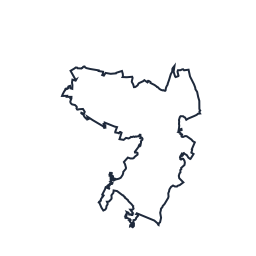 Suplac, Mures, Romania, rotated 34°
{"feature_id": "2599482B50332129802710", "entity_name": "Suplac", "entity_type": "district", "adm_level": 2, "iso_a3": "ROU", "parent_name": "Romania", "parent_adm1": "Mures", "projection": "orthographic", "projection_center": [24.521, 46.387], "detail": "fine", "context": "isolated", "style": "outline", "palette": "slate", "viewbox_px": 256, "rotation_deg": 34, "n_neighbors": 0, "source": "geoboundaries", "source_scale": "gbopen_adm2", "svg_char_len": 5975}
<svg xmlns="http://www.w3.org/2000/svg" viewBox="0 0 256 256"><g transform="rotate(34 128 128)"><path d="M207.6,191.3L207.4,190.9L206.6,190.7L207.3,188.2L205.6,183.9L202.1,180.3L201.1,177.5L200.6,176.8L200.5,175.9L200.8,174.6L200.4,173.3L200.8,170.6L200.4,163.5L199.9,162.1L197.9,159.6L197.5,157.7L196.7,155.8L196.6,152.8L197.5,150.5L199.5,150.3L201.3,149.2L201.5,148.1L202.8,146.4L204.3,142.1L198.6,141.0L196.9,139.3L196.1,136.8L196.3,135.5L194.9,133.6L195.2,132.3L194.4,131.4L195.5,127.1L194.5,124.9L193.1,123.6L191.1,122.7L190.5,122.8L189.6,124.5L188.8,124.5L188.6,123.8L187.7,123.6L187.2,122.4L187.1,119.9L187.0,119.4L187.6,119.5L188.5,120.8L188.6,120.6L188.7,119.6L187.9,118.1L188.3,117.5L189.2,117.8L191.9,117.6L194.7,118.8L196.9,118.9L197.1,118.5L196.9,112.9L194.3,113.0L193.5,110.5L193.3,110.1L192.8,110.0L191.4,102.5L189.1,102.7L187.1,102.1L181.2,102.0L179.8,102.8L178.7,104.6L177.8,105.1L177.2,105.1L176.6,104.6L176.7,103.3L176.5,103.1L174.9,103.6L174.8,103.0L174.4,102.8L171.9,103.3L172.2,101.7L173.6,99.7L172.8,98.9L171.0,101.1L170.1,99.1L168.9,97.0L168.1,96.3L166.8,94.0L165.8,92.9L164.9,90.0L165.0,88.8L167.3,87.4L168.6,87.6L169.5,87.4L171.7,88.6L172.7,86.4L176.1,81.2L177.6,78.7L178.0,77.1L179.6,75.7L178.9,75.4L178.1,74.5L178.2,74.2L177.7,73.4L177.9,73.1L176.9,72.6L176.4,72.1L171.9,65.6L168.9,63.1L165.1,59.4L162.3,58.2L161.1,56.9L158.3,54.9L150.6,50.6L145.6,45.8L142.2,48.8L140.8,48.5L140.1,49.2L139.2,50.7L137.1,52.2L137.6,53.7L140.7,56.5L140.7,56.8L139.1,59.1L138.3,59.0L134.4,55.9L131.8,50.5L131.6,53.1L131.7,54.1L133.1,56.5L133.4,59.5L135.2,65.3L136.2,69.2L136.6,69.9L136.7,72.0L137.1,73.7L138.1,75.8L138.1,76.1L137.9,76.5L136.2,76.9L136.0,77.3L134.2,77.9L132.2,78.0L129.8,77.5L129.2,77.8L128.9,77.6L125.9,77.5L121.5,78.1L121.1,77.4L120.6,77.3L119.2,77.4L119.0,78.1L118.7,77.5L118.4,77.6L118.4,78.4L118.0,77.6L118.1,78.5L117.9,79.3L114.8,79.2L114.4,80.7L112.0,84.7L111.9,85.6L112.1,87.2L111.4,89.3L111.0,90.1L110.1,90.8L108.0,89.0L105.3,87.6L104.9,86.8L103.8,83.9L102.8,83.2L98.6,86.6L95.0,88.8L94.9,88.0L93.5,86.1L91.1,84.1L87.4,88.8L87.5,89.4L83.3,92.8L78.6,94.9L78.7,98.1L77.0,98.5L76.9,97.2L75.9,95.3L71.8,97.2L71.5,96.6L63.9,100.1L60.0,101.6L58.5,101.7L57.6,101.3L56.8,102.0L56.6,102.7L56.7,103.0L56.5,103.9L56.1,104.2L56.1,104.7L52.8,106.7L52.1,106.4L50.9,107.0L50.2,108.9L48.4,112.7L57.7,117.4L58.0,116.7L58.1,117.6L57.8,117.7L57.9,118.1L54.9,119.0L56.2,121.7L57.9,123.5L59.9,126.7L58.0,127.3L56.4,125.5L55.4,126.8L55.5,127.6L56.1,128.7L55.6,129.5L56.2,130.2L55.7,130.0L55.5,129.2L54.6,130.0L54.8,130.5L54.3,131.0L54.8,132.0L54.6,133.1L55.0,136.6L55.4,138.3L59.5,135.4L59.8,136.4L63.7,133.8L64.5,135.1L64.0,135.8L64.8,136.1L65.3,138.2L66.1,139.1L67.0,139.5L68.4,139.7L71.2,138.6L73.5,139.0L74.0,139.5L74.2,140.4L75.4,141.1L76.2,140.8L76.7,140.0L80.0,137.4L83.1,138.8L83.6,140.9L80.8,141.4L80.9,141.8L81.6,142.0L83.3,141.8L85.4,143.0L87.7,143.6L88.1,143.1L89.4,143.8L90.3,142.5L88.2,141.3L94.5,141.2L106.2,140.5L107.7,140.8L108.2,141.2L108.5,140.9L108.3,140.7L109.0,140.3L107.8,138.6L106.7,139.5L105.4,138.2L106.3,137.1L105.8,136.5L116.1,134.3L118.4,133.4L119.5,138.2L119.9,138.8L122.6,137.6L123.4,137.5L123.5,135.9L123.8,135.6L125.3,135.5L127.2,142.0L131.0,140.3L131.9,137.3L134.4,136.3L135.2,134.7L135.4,133.7L136.4,133.3L137.3,132.0L138.3,131.8L138.9,130.9L139.6,130.7L140.2,129.9L141.4,129.0L141.5,127.0L142.1,126.7L143.6,128.7L144.0,130.5L143.8,128.6L144.8,128.3L145.8,128.6L146.2,129.0L146.5,129.9L146.2,130.5L146.2,131.9L146.7,132.3L148.2,135.8L148.0,136.6L147.7,136.7L147.1,135.1L147.0,134.8L146.8,135.1L146.8,136.2L147.3,138.1L147.0,143.9L147.5,144.4L149.0,143.4L149.9,143.4L150.8,144.7L149.6,148.3L149.7,148.9L149.5,149.8L149.1,150.5L147.1,151.9L144.4,152.6L143.6,158.5L145.8,159.7L148.7,162.2L149.0,163.1L148.6,167.0L149.3,168.2L149.8,170.0L149.8,173.3L148.8,175.1L146.5,177.7L145.8,179.0L145.2,178.0L144.3,178.0L144.6,177.6L141.8,178.4L141.5,178.3L141.3,178.0L141.6,177.3L142.8,176.8L142.6,176.4L141.6,176.2L139.9,177.2L140.1,176.2L139.8,176.2L139.3,176.9L138.8,175.3L139.7,174.4L139.8,174.2L139.5,173.8L139.6,174.3L138.2,175.2L138.6,176.2L138.6,176.9L139.1,177.4L139.6,177.8L141.1,178.1L142.0,179.5L142.3,179.4L142.2,179.1L143.6,178.7L144.8,179.1L144.6,179.6L143.5,180.1L142.2,180.1L143.0,181.2L143.8,181.7L143.5,182.3L145.8,182.1L146.1,183.1L145.8,183.6L144.1,184.3L144.1,184.9L144.6,185.0L144.9,185.5L144.8,186.4L143.6,186.3L143.2,187.6L143.3,188.0L144.1,188.3L144.9,188.1L146.1,188.4L146.2,188.9L142.6,189.6L143.2,191.6L143.9,197.5L145.5,197.5L145.5,198.6L145.0,198.3L144.9,198.8L145.3,199.5L145.4,202.5L146.0,203.1L146.1,204.1L145.7,204.2L145.3,205.3L145.4,206.1L146.1,206.0L150.6,208.9L153.7,210.2L154.7,208.5L154.8,207.9L154.7,206.5L153.8,204.7L153.8,202.8L153.2,201.8L151.8,200.9L152.7,200.3L153.4,199.4L153.9,196.2L153.7,195.4L152.8,194.2L151.9,193.1L152.1,189.8L151.0,187.8L154.2,186.4L161.3,186.8L161.9,186.5L163.3,187.1L164.1,187.0L164.7,187.6L166.2,187.5L166.8,187.8L168.0,187.7L169.4,188.5L173.2,189.1L175.2,189.7L175.2,190.3L175.5,189.6L175.5,190.3L175.6,189.9L176.0,189.9L176.1,190.4L177.7,191.8L177.4,193.2L175.6,194.4L179.5,195.7L179.3,196.0L180.2,196.9L180.3,197.7L179.4,198.3L178.6,198.0L177.5,199.1L177.0,198.7L174.8,198.6L175.0,198.1L174.0,198.3L174.7,198.7L174.6,199.4L174.9,199.8L174.7,200.0L174.8,201.2L175.4,200.9L175.6,201.3L174.9,201.7L175.0,202.0L175.5,201.8L175.7,202.6L175.8,202.4L176.2,202.8L175.9,203.1L176.4,203.2L176.3,203.3L176.7,203.7L177.4,203.0L177.9,203.1L179.3,202.7L180.9,203.1L181.0,202.6L181.6,202.8L181.5,203.5L181.2,203.8L181.6,203.8L181.7,204.4L184.8,205.4L185.0,204.7L184.7,204.6L184.8,203.9L185.3,204.2L186.1,204.9L186.3,205.9L184.6,206.5L184.2,207.3L184.7,208.3L185.0,207.8L184.9,207.3L185.6,207.7L187.4,207.6L187.7,206.0L186.3,203.8L185.1,203.0L184.1,201.3L185.3,200.1L185.4,198.8L185.0,197.9L185.4,195.2L185.0,194.9L184.8,194.3L184.3,194.6L183.5,194.1L183.0,194.5L183.0,193.8L201.6,190.0L205.8,190.5L207.1,191.3L207.6,191.3Z" fill="none" stroke="#1e293b" stroke-width="2"/></g></svg>